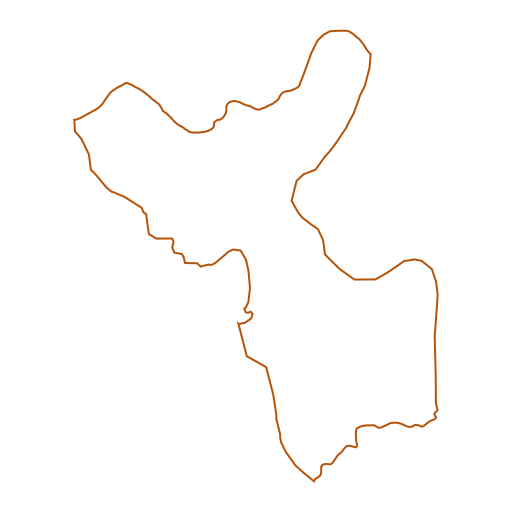 At Tawilah, Al Mahwit, Yemen (orthographic projection)
{"feature_id": "15242507B28032401565886", "entity_name": "At Tawilah", "entity_type": "district", "adm_level": 2, "iso_a3": "YEM", "parent_name": "Yemen", "parent_adm1": "Al Mahwit", "projection": "orthographic", "projection_center": [43.765, 15.463], "detail": "fine", "context": "isolated", "style": "outline", "palette": "amber", "viewbox_px": 512, "rotation_deg": 0, "n_neighbors": 0, "source": "geoboundaries", "source_scale": "gbopen_adm2", "svg_char_len": 4615}
<svg xmlns="http://www.w3.org/2000/svg" viewBox="0 0 512 512"><path d="M437.6,410.2L436.0,403.7L435.9,403.4L435.7,374.5L434.7,335.8L435.3,328.6L436.2,316.1L437.7,294.7L436.0,281.5L431.9,269.2L422.0,261.0L414.6,259.4L409.0,260.4L406.9,260.7L406.7,260.7L405.9,260.8L404.0,261.1L396.4,266.5L388.5,271.9L379.7,277.0L375.5,279.4L374.3,279.4L360.7,279.5L354.3,279.5L339.5,268.9L325.0,254.5L323.6,243.5L322.8,239.5L318.0,229.2L310.1,223.7L302.1,217.4L298.2,212.6L291.6,200.8L295.8,184.1L296.7,180.6L297.4,180.1L303.6,174.3L315.6,169.6L324.9,156.6L329.2,152.0L333.7,146.2L336.6,142.2L341.1,135.3L342.6,133.1L346.5,127.5L347.6,124.6L354.1,112.5L355.8,107.3L358.3,100.7L360.0,95.5L364.8,86.0L369.5,67.9L370.7,54.0L369.8,53.3L369.6,53.2L368.4,51.8L367.2,50.2L366.1,48.8L365.3,47.2L364.3,45.6L362.8,43.5L361.6,42.0L360.5,40.5L359.2,39.1L357.8,38.0L356.3,36.8L355.8,36.3L354.8,35.5L353.4,34.3L351.9,33.2L350.3,32.1L349.7,31.7L346.1,30.7L337.7,30.8L329.8,31.3L323.6,34.7L317.5,40.6L311.3,53.1L308.2,61.9L303.3,75.3L299.8,84.1L299.0,86.1L297.7,87.3L296.1,88.3L295.2,88.7L294.2,89.1L292.4,90.0L290.7,90.7L288.3,91.0L286.4,91.2L284.7,91.8L282.6,92.7L281.2,94.1L279.9,96.1L279.1,97.8L278.1,99.6L276.3,101.1L274.7,102.0L273.1,103.6L270.1,104.9L267.5,106.0L265.9,107.2L263.5,108.0L259.1,109.6L257.9,109.8L256.2,109.1L253.6,108.2L250.8,106.5L249.0,106.0L247.1,105.5L245.5,104.9L243.3,104.1L241.7,103.3L240.0,102.3L238.3,101.9L237.1,101.6L234.5,100.9L234.3,100.9L232.4,101.3L230.8,101.6L229.0,102.6L227.7,103.8L226.7,105.2L226.3,107.0L226.3,108.9L226.3,110.9L226.0,112.7L225.2,114.3L224.2,116.0L223.0,117.4L220.6,119.4L219.9,119.6L217.1,120.1L214.9,121.7L214.2,122.5L214.0,123.1L214.1,124.7L213.9,126.1L213.0,127.9L211.6,129.1L209.7,130.1L208.0,130.9L206.6,131.2L205.5,131.6L204.1,131.9L202.4,132.2L200.4,132.3L198.8,132.6L196.9,132.5L195.0,132.5L193.0,132.5L191.2,132.3L189.8,131.9L189.5,131.8L187.7,130.7L187.4,130.4L186.0,129.7L184.6,128.7L183.3,127.6L181.7,126.7L180.2,125.9L178.6,125.0L177.2,124.0L177.1,123.9L175.7,122.7L174.2,121.3L172.6,119.6L172.0,118.9L171.3,118.0L169.8,116.6L168.3,115.1L167.0,113.7L165.2,112.5L163.5,111.3L162.9,110.9L162.7,110.9L162.2,109.4L159.3,104.5L156.8,102.6L153.4,100.0L152.6,99.5L150.9,97.8L147.0,94.4L143.6,91.8L143.1,91.5L139.5,89.1L136.9,87.7L135.6,87.3L132.2,85.1L127.6,83.1L127.4,83.0L125.7,83.1L123.8,84.2L121.5,85.6L119.5,86.5L117.0,87.8L116.5,88.1L114.2,89.8L113.9,89.9L111.7,91.4L108.9,94.5L106.8,97.6L105.8,98.9L102.4,103.9L99.7,106.8L96.6,109.1L80.0,118.2L76.0,119.6L74.3,119.9L74.9,131.2L75.3,131.8L77.8,134.6L78.5,135.4L81.6,139.3L81.9,139.9L88.9,154.4L90.9,169.8L94.2,172.9L103.7,184.1L106.6,187.7L111.7,191.8L114.1,192.5L124.3,196.8L141.8,207.9L143.4,212.2L146.2,214.2L146.2,214.4L148.1,228.6L148.8,234.0L156.3,238.6L164.7,238.5L172.1,238.5L173.6,241.7L172.2,247.4L174.3,252.7L181.8,254.0L183.9,257.6L185.0,263.0L197.3,263.3L200.7,266.6L208.6,264.5L209.7,264.9L211.9,264.8L215.1,263.1L221.9,257.4L228.6,251.6L232.6,249.8L233.2,249.5L240.6,250.5L246.0,259.7L248.5,271.0L250.0,288.1L248.3,302.3L245.9,307.3L244.2,308.6L245.7,312.2L247.9,312.8L250.5,311.7L252.6,313.8L251.1,318.6L244.7,322.9L238.9,324.0L238.4,323.6L246.8,356.3L262.6,365.1L266.2,367.2L273.3,394.9L276.3,414.6L276.4,419.2L280.1,434.2L280.1,436.8L281.1,442.3L285.9,452.1L295.5,465.5L303.6,472.8L312.0,479.7L314.0,481.3L314.7,479.7L316.3,478.2L318.1,477.2L319.8,475.8L320.0,475.5L320.9,474.3L321.1,472.5L321.2,470.7L321.2,468.6L321.2,466.7L322.4,465.1L324.0,464.2L325.7,464.0L327.5,464.1L329.3,464.3L331.1,464.1L332.6,462.7L333.7,461.2L335.1,459.2L336.1,457.7L337.3,455.9L338.5,454.5L339.9,453.5L341.4,452.3L342.6,450.6L343.8,449.1L345.3,447.3L347.0,446.0L348.9,445.8L350.9,445.9L352.6,446.5L354.4,447.1L355.7,447.2L356.2,447.2L357.1,445.7L356.9,443.9L356.4,442.2L356.2,440.4L356.0,438.1L355.9,436.0L355.8,434.3L355.9,432.5L356.1,430.8L356.8,428.5L357.4,428.2L359.4,427.0L361.1,426.3L362.9,425.9L364.0,425.7L364.7,425.6L366.5,425.4L367.5,425.4L368.5,425.3L370.5,425.3L372.7,425.3L374.4,425.3L376.1,426.4L377.7,427.4L379.4,427.8L379.6,427.8L381.2,427.5L383.2,426.4L385.2,425.7L386.1,425.3L386.1,425.7L386.4,425.1L387.1,424.8L388.7,424.0L390.3,423.2L392.7,422.8L394.5,422.7L396.4,422.7L398.4,423.1L399.7,423.4L400.1,423.5L401.9,424.1L403.7,424.8L405.4,425.7L407.1,426.4L409.2,426.9L409.5,426.9L411.1,426.8L413.0,426.2L413.9,425.5L414.4,425.1L416.7,425.0L418.6,425.3L418.8,425.4L420.3,426.1L422.0,426.7L423.7,425.9L425.2,424.8L426.9,423.3L428.4,422.4L430.0,421.1L431.9,420.3L433.8,419.7L435.3,418.7L436.1,417.2L435.1,415.8L434.2,414.2L435.1,412.6L436.3,411.4L437.6,410.2Z" fill="none" stroke="#b45309" stroke-width="2"/></svg>